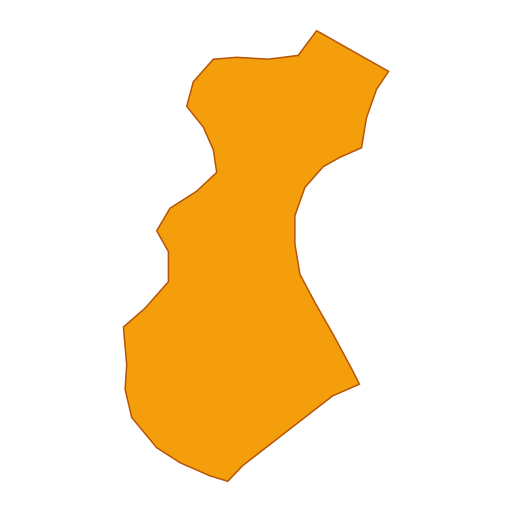 outline of Central Singapore
{"feature_id": "SGP-4871", "entity_name": "Central Singapore", "entity_type": "state/province", "adm_level": 1, "iso_a3": "SGP", "parent_name": "Singapore", "parent_adm1": "", "projection": "robinson", "projection_center": [103.856, 1.349], "detail": "fine", "context": "isolated", "style": "filled", "palette": "amber", "viewbox_px": 512, "rotation_deg": 0, "n_neighbors": 0, "source": "natural_earth", "source_scale": "10m", "svg_char_len": 616}
<svg xmlns="http://www.w3.org/2000/svg" viewBox="0 0 512 512"><path d="M359.4,384.2L332.7,395.8L242.7,465.6L227.8,481.3L210.0,475.9L180.0,462.7L156.7,447.7L131.7,417.5L125.1,389.2L126.7,364.7L123.4,327.0L145.1,308.1L168.4,281.7L168.4,251.6L156.7,230.8L170.0,208.2L196.7,191.2L216.7,172.4L213.3,149.7L203.3,127.1L186.7,106.4L193.3,81.8L213.3,59.2L236.6,57.3L268.3,59.2L298.2,55.4L316.6,30.7L388.6,71.4L376.5,89.4L366.5,117.7L361.5,147.8L339.9,157.3L323.2,166.7L304.9,187.4L294.9,215.7L294.9,244.0L299.9,274.2L314.9,302.5L333.2,334.5L351.5,368.5L359.4,384.2Z" fill="#f59e0b" stroke="#b45309" stroke-width="1.5"/></svg>